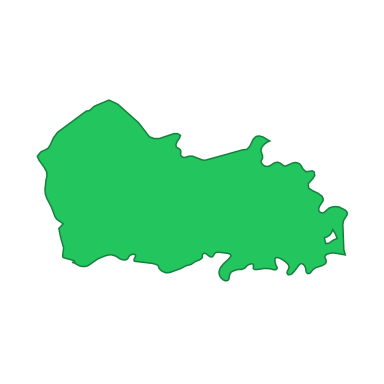 Pas-de-Calais, Natural Earth projection, rotated 343°
{"feature_id": "FRA-5334", "entity_name": "Pas-de-Calais", "entity_type": "Metropolitan department", "adm_level": 1, "iso_a3": "FRA", "parent_name": "France", "parent_adm1": "", "projection": "natural_earth1", "projection_center": [2.469, 50.516], "detail": "fine", "context": "isolated", "style": "filled", "palette": "green", "viewbox_px": 384, "rotation_deg": 343, "n_neighbors": 0, "source": "natural_earth", "source_scale": "10m", "svg_char_len": 3484}
<svg xmlns="http://www.w3.org/2000/svg" viewBox="0 0 384 384"><g transform="rotate(343 192 192)"><path d="M56.6,224.2L59.3,224.7L59.3,223.3L49.6,217.0L49.6,215.4L52.9,207.8L53.1,197.2L54.0,188.0L59.5,184.7L54.8,178.7L53.8,175.6L53.1,165.0L51.3,155.4L51.2,150.7L52.1,146.7L55.9,137.8L57.9,134.5L58.9,130.2L57.8,125.0L55.0,116.8L54.6,113.6L54.6,112.5L58.8,109.7L60.3,109.2L64.0,108.9L67.4,107.9L70.3,105.4L75.4,99.7L80.9,95.6L114.5,83.7L117.7,84.2L123.7,81.4L139.5,79.8L146.9,86.6L161.2,110.3L167.4,126.7L171.4,129.8L176.3,131.3L192.0,130.9L195.4,132.0L197.5,134.5L195.7,136.9L192.6,139.3L190.4,142.1L190.2,144.4L191.0,145.6L192.2,146.6L193.2,148.3L193.2,150.1L192.0,152.9L192.2,154.5L193.6,156.3L195.6,156.9L199.8,156.9L203.0,157.9L211.7,164.7L214.3,165.5L253.4,166.5L256.1,167.2L257.5,167.0L260.7,165.1L266.1,159.3L269.6,157.6L272.8,158.1L276.0,160.2L281.3,166.0L278.7,166.2L275.8,167.2L273.1,168.7L271.0,170.6L269.9,173.1L270.1,177.9L269.3,180.4L267.6,182.1L267.0,183.1L267.0,184.7L267.4,186.1L268.3,187.4L269.3,188.5L270.3,189.2L273.3,189.9L279.6,188.2L282.7,188.5L285.2,190.6L286.8,193.0L288.6,194.6L296.9,193.7L299.5,194.0L301.8,195.2L303.2,196.7L304.0,198.4L304.9,202.6L307.0,206.0L313.1,206.9L314.7,208.4L314.2,212.1L311.5,214.5L305.6,218.1L304.7,222.3L307.9,226.2L312.2,230.1L315.1,234.1L315.5,236.9L314.8,238.7L309.6,243.0L308.1,245.4L307.9,247.9L310.0,250.1L312.1,250.3L318.5,247.4L321.7,247.3L325.1,247.9L328.2,249.3L333.3,254.1L334.2,255.8L334.4,257.7L333.5,259.3L328.7,263.5L326.8,267.0L320.3,291.7L320.2,297.0L310.2,291.9L308.6,291.4L306.6,291.0L302.7,291.0L300.8,291.9L299.9,293.0L300.3,296.3L300.1,297.5L299.5,298.7L298.3,299.7L294.9,300.4L288.0,300.6L284.9,301.6L281.3,304.1L279.9,304.2L278.5,303.7L277.9,301.9L278.0,300.2L278.3,298.5L278.3,296.8L278.0,295.3L277.3,293.9L276.4,292.8L275.0,292.3L273.3,292.9L266.9,297.6L263.3,299.6L261.5,299.7L259.9,299.3L259.1,297.5L259.7,296.1L262.1,293.4L262.9,292.0L263.0,290.7L262.7,289.2L261.0,286.1L259.2,283.7L256.6,281.0L255.0,279.9L253.4,279.3L252.1,279.9L251.4,281.1L251.1,282.6L250.9,284.1L250.9,287.0L251.3,288.3L251.3,289.3L251.1,290.0L250.0,290.7L248.6,290.7L247.5,290.3L245.3,288.8L242.7,287.6L238.9,286.3L231.2,285.1L229.1,284.4L228.2,283.0L228.7,281.7L229.3,280.3L229.4,279.1L228.1,278.0L225.1,278.0L222.9,278.6L221.4,279.7L219.5,280.4L217.0,280.6L212.9,279.5L208.8,279.5L206.0,280.1L204.4,281.4L203.5,282.7L202.1,285.5L201.2,286.7L199.6,287.1L197.8,286.6L196.0,285.0L195.1,283.5L194.4,282.0L194.1,280.6L194.0,279.1L194.1,277.6L194.5,276.3L195.3,274.8L197.5,272.3L201.3,269.8L207.1,267.0L209.2,265.7L210.6,264.5L210.4,262.9L208.5,261.2L200.4,257.6L197.9,256.9L195.7,257.3L193.6,259.4L192.3,260.0L190.6,259.4L189.1,257.7L188.0,255.9L186.7,254.6L185.4,254.1L183.7,254.8L183.2,255.8L182.7,257.8L181.2,258.6L178.9,259.2L174.9,259.4L170.4,260.9L168.4,261.0L165.5,260.8L163.3,261.0L158.8,261.9L147.9,262.5L145.2,262.2L143.0,261.4L140.2,259.0L138.9,257.1L138.2,255.2L138.2,253.7L138.0,252.2L136.1,250.5L133.0,248.6L116.7,241.4L116.6,240.1L117.4,238.8L118.8,237.5L119.6,236.1L118.9,234.9L117.2,234.1L114.2,234.4L112.7,235.3L111.6,236.5L110.1,237.4L108.1,237.5L105.1,236.1L103.3,234.6L100.9,231.6L99.5,230.4L96.2,228.3L93.4,227.8L89.7,227.7L82.5,228.4L71.7,231.9L69.5,232.1L67.0,231.8L64.6,230.8L62.9,229.8L58.2,225.0L56.6,224.2ZM308.1,281.0L313.0,279.3L317.3,278.8L316.8,273.8L315.6,269.1L313.5,271.7L311.0,273.5L308.2,274.4L305.2,274.4L304.8,280.4L308.1,281.0Z" fill="#22c55e" stroke="#15803d" stroke-width="1.5"/></g></svg>